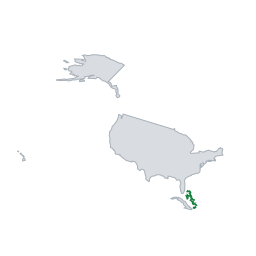 The Bahamas and the surrounding countries, rotated 17°
{"feature_id": "BHS", "entity_name": "The Bahamas", "entity_type": "country or territory", "adm_level": 0, "iso_a3": "BHS", "parent_name": "North America", "parent_adm1": "", "projection": "robinson", "projection_center": [-76.093, 23.939], "detail": "medium", "context": "with_neighbors", "style": "filled", "palette": "green", "viewbox_px": 256, "rotation_deg": 17, "n_neighbors": 2, "source": "natural_earth", "source_scale": "50m", "svg_char_len": 5976}
<svg xmlns="http://www.w3.org/2000/svg" viewBox="0 0 256 256"><g transform="rotate(17 128 128)"><path d="M119.3,116.1L172.3,116.1L172.4,115.1L173.0,115.1L173.2,116.4L173.8,116.9L177.0,117.4L178.9,118.1L180.4,117.8L183.4,118.4L185.2,117.7L191.7,121.1L191.9,121.8L192.3,122.0L192.2,122.3L193.1,122.1L193.6,123.0L194.4,123.3L194.1,123.8L196.1,124.9L196.8,129.3L194.8,132.9L194.9,133.5L195.6,133.9L203.1,131.0L202.7,129.5L203.6,129.1L207.3,129.1L208.0,128.2L211.2,125.7L217.8,125.7L218.0,125.1L219.4,124.6L220.6,121.6L222.0,119.8L222.7,120.5L224.0,120.0L224.9,120.7L225.0,124.0L226.7,126.2L220.6,129.0L219.3,131.0L219.3,132.3L220.0,133.6L220.8,133.6L220.6,132.7L221.2,133.3L221.1,134.0L215.2,135.0L213.6,135.7L216.5,135.3L217.1,135.7L214.3,136.5L213.0,136.5L213.1,136.2L212.5,136.9L213.1,137.0L212.7,138.7L211.2,140.6L211.0,140.0L209.9,139.3L210.4,140.6L210.9,141.0L210.9,142.0L209.1,144.9L209.5,143.1L208.5,142.2L208.3,140.1L207.9,141.2L208.3,142.8L207.0,142.4L208.4,143.2L208.4,145.5L209.0,145.7L209.5,149.0L208.2,150.9L206.1,151.6L204.7,153.0L203.7,153.2L202.6,154.1L202.3,155.0L200.0,156.6L197.8,159.2L197.5,161.0L197.8,162.7L199.4,166.6L199.4,167.7L200.4,170.5L200.2,173.2L199.6,174.7L199.0,175.0L198.0,174.7L197.6,173.6L196.8,173.0L194.5,168.0L194.9,166.4L194.4,165.0L192.8,162.9L191.9,162.6L189.8,163.7L188.4,162.4L187.1,161.8L184.7,162.1L182.9,161.8L180.4,162.4L180.7,163.1L180.7,164.1L181.1,164.5L180.7,164.9L179.9,164.5L179.1,165.0L177.6,164.9L176.1,163.6L174.2,163.9L172.7,163.3L169.6,164.1L167.6,165.9L165.4,167.0L164.2,168.2L163.7,169.3L163.6,171.0L164.0,173.0L163.2,173.1L160.1,171.8L159.2,168.9L158.0,167.5L156.4,164.3L154.9,163.3L153.2,163.4L151.8,165.3L150.1,164.6L149.0,163.9L148.0,161.2L145.2,158.4L141.6,158.4L141.5,159.5L135.6,159.5L128.0,156.5L128.3,156.0L123.2,156.5L123.0,155.2L121.9,153.8L120.9,153.5L120.8,152.8L119.7,152.7L119.0,152.0L117.1,151.8L116.6,151.4L116.6,150.0L115.0,147.5L113.9,144.1L114.1,143.5L112.1,140.6L112.2,138.6L111.4,137.2L112.3,135.2L112.6,133.1L112.4,131.2L113.7,128.9L115.2,124.5L115.6,121.2L115.2,118.0L115.6,117.6L118.2,118.4L118.7,120.7L119.3,120.0L119.3,116.1ZM106.2,69.0L95.5,89.5L97.2,89.6L98.6,90.2L100.3,92.8L102.6,91.5L104.6,90.7L105.1,91.9L107.1,93.9L108.4,98.2L110.9,99.7L110.4,101.1L109.0,102.2L107.0,100.6L107.2,98.6L105.6,96.7L105.5,94.6L101.1,94.4L99.3,93.7L96.7,91.3L92.5,90.0L90.0,90.2L85.5,88.3L83.3,88.7L82.9,90.3L79.5,90.9L75.4,92.2L75.8,90.8L77.9,88.6L80.1,87.9L80.0,87.4L77.0,88.6L75.0,90.1L71.6,91.7L72.3,92.8L69.7,94.5L65.1,96.2L64.1,97.2L60.6,98.4L59.4,99.5L56.7,100.5L55.5,100.3L49.2,102.5L45.7,103.2L45.6,102.8L53.1,99.7L55.5,99.4L57.0,98.5L60.3,97.1L62.7,95.8L64.0,94.1L65.7,92.7L63.2,93.4L62.9,93.0L61.5,93.9L61.0,92.7L60.0,93.5L60.0,92.4L57.7,93.3L56.6,93.3L57.3,91.9L58.1,91.1L57.5,90.2L54.9,90.7L53.3,89.1L54.2,87.8L53.5,86.9L55.0,85.6L57.3,84.4L58.7,83.2L60.1,83.0L61.1,83.4L63.1,82.3L64.3,82.5L66.0,81.8L66.3,80.8L65.7,80.4L67.5,79.5L64.3,80.1L63.5,80.6L62.5,80.1L60.0,80.3L57.9,79.8L57.8,78.9L56.7,77.6L64.1,75.7L65.5,75.7L64.4,76.8L68.0,76.7L67.6,75.4L66.2,74.6L65.0,72.6L63.3,71.9L65.0,70.8L67.9,70.7L70.6,69.8L71.8,68.7L74.2,67.8L79.6,66.6L80.9,66.8L84.2,65.7L86.2,66.1L86.6,67.0L87.6,66.6L90.1,66.8L89.7,67.2L91.8,67.6L93.6,67.4L100.4,68.5L102.7,68.1L106.2,69.0ZM47.5,81.8L48.3,82.2L49.5,82.0L51.9,82.9L50.0,83.6L48.7,82.7L47.1,82.8L46.8,82.6L47.5,81.8ZM38.1,187.4L39.2,188.8L37.1,190.3L36.6,189.9L36.5,188.3L37.1,187.7L37.1,186.9L38.1,187.4ZM37.0,185.7L36.0,186.2L35.5,185.3L35.8,185.1L37.0,185.7ZM35.5,184.7L35.4,185.0L34.3,184.9L34.5,184.6L35.5,184.7ZM33.0,183.3L33.6,184.3L33.5,184.5L32.6,184.3L32.3,183.7L33.0,183.3ZM30.2,182.1L29.9,182.9L29.3,182.5L29.8,182.1L30.2,182.1ZM51.2,89.4L52.4,89.6L52.0,90.4L50.7,90.8L49.2,89.7L51.2,89.4ZM71.3,94.9L72.4,95.1L72.7,95.8L68.3,97.8L67.7,97.2L68.0,96.1L71.3,94.9Z" fill="#d9dde1" stroke="#a8b0b8" stroke-width="1"/><path d="M195.6,179.7L199.1,179.9L201.1,180.7L202.0,181.6L204.0,181.4L207.9,184.6L209.9,185.1L209.7,185.8L211.3,185.9L212.9,186.9L212.7,187.5L211.2,187.8L205.2,188.0L206.7,186.6L205.8,185.9L204.4,185.8L203.7,185.1L203.2,183.6L201.9,183.7L199.3,182.5L196.5,182.2L195.8,181.7L196.6,181.1L194.5,180.9L192.9,182.2L192.0,182.3L191.7,182.9L190.6,183.1L189.7,182.9L192.3,180.7L195.6,179.7Z" fill="#d9dde1" stroke="#a8b0b8" stroke-width="1"/><path d="M205.3,175.9L205.3,176.5L204.6,177.0L204.4,176.7L204.2,176.5L203.8,176.1L204.0,176.1L204.1,175.8L204.3,175.4L204.4,175.1L204.3,174.7L204.8,175.0L205.3,175.9ZM205.4,177.1L205.2,177.3L205.4,177.4L205.5,177.1L205.7,177.3L205.7,178.0L205.6,178.3L205.2,178.3L205.2,178.0L205.0,177.6L204.7,177.1L205.4,177.0L205.4,177.1ZM215.4,184.6L215.1,185.2L214.0,185.3L214.0,185.2L214.0,184.9L214.3,184.6L214.9,184.7L215.1,184.6L215.3,184.3L215.4,184.6ZM206.4,173.0L206.0,172.7L206.3,172.3L206.4,171.5L206.4,171.3L206.2,171.2L205.8,170.6L204.9,170.5L205.0,170.4L205.7,170.5L206.3,171.0L206.7,171.4L206.8,171.9L206.5,172.1L206.5,172.8L206.4,173.0ZM203.5,170.7L204.0,171.0L204.9,170.9L204.9,171.0L204.2,171.1L203.2,171.5L202.6,171.0L203.0,171.3L203.4,171.1L203.5,170.7ZM207.5,173.8L208.0,174.3L208.3,174.4L208.7,174.8L208.6,176.1L208.3,175.6L208.5,175.6L208.7,175.1L208.6,174.9L208.2,174.4L207.9,174.3L207.7,174.1L207.3,174.1L207.5,173.8ZM211.5,180.2L211.5,180.5L211.2,180.0L210.7,179.7L210.8,179.7L210.5,178.7L210.9,179.3L211.0,179.8L211.5,180.2ZM213.3,181.7L212.7,182.2L213.5,181.3L213.3,181.1L213.4,180.9L213.6,180.8L213.5,181.0L213.6,181.3L213.3,181.7ZM210.5,177.2L210.5,177.3L210.0,177.3L210.3,177.0L209.5,176.1L210.0,176.6L210.5,177.2ZM215.1,181.5L215.8,181.7L216.0,181.8L215.9,181.9L215.7,181.7L215.1,181.7L215.1,181.5ZM212.6,180.6L213.2,180.9L213.1,181.0L212.7,180.9L212.6,180.6ZM206.3,175.1L205.9,175.2L205.7,175.1L205.9,175.0L206.2,175.0L206.3,175.1ZM209.7,179.0L209.1,178.7L208.9,178.7L209.0,178.5L209.7,179.0ZM212.3,177.5L212.2,177.8L212.1,177.4L212.3,177.4L212.3,177.5ZM215.6,183.9L215.3,184.0L215.3,183.8L215.4,183.7L215.6,183.9Z" fill="#22c55e" stroke="#15803d" stroke-width="1.5"/></g></svg>